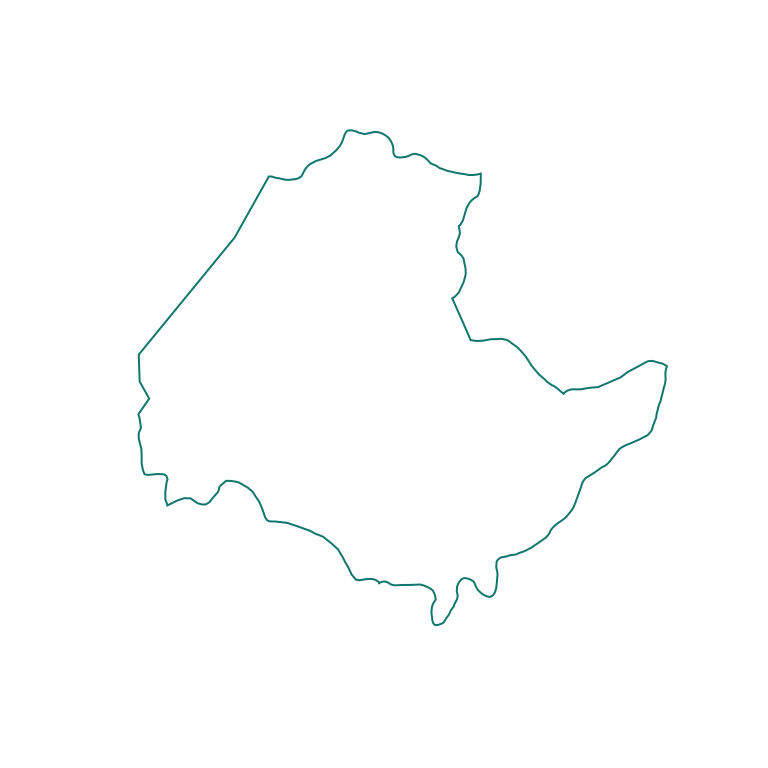 Des Blanchard, Micoud, Saint Lucia (Mercator projection), rotated 329°
{"feature_id": "8701671B70067848832200", "entity_name": "Des Blanchard", "entity_type": "district", "adm_level": 2, "iso_a3": "LCA", "parent_name": "Saint Lucia", "parent_adm1": "Micoud", "projection": "mercator", "projection_center": [-60.933, 13.812], "detail": "fine", "context": "isolated", "style": "outline", "palette": "teal", "viewbox_px": 768, "rotation_deg": 329, "n_neighbors": 0, "source": "geoboundaries", "source_scale": "gbopen_adm2", "svg_char_len": 5878}
<svg xmlns="http://www.w3.org/2000/svg" viewBox="0 0 768 768"><g transform="rotate(329 384 384)"><path d="M277.2,552.3L278.7,552.2L280.2,552.6L281.2,552.8L282.9,553.6L284.8,555.7L285.3,556.4L286.8,559.5L289.1,561.8L292.4,563.7L294.7,564.9L298.2,566.9L301.3,568.7L303.9,570.3L305.6,571.1L308.5,572.8L311.5,574.3L313.6,576.4L314.5,577.4L315.1,578.2L317.1,581.0L318.4,583.3L319.4,585.8L319.4,587.5L319.4,588.5L319.0,590.6L318.3,593.2L317.6,594.6L317.2,595.5L314.5,596.7L311.9,598.3L310.0,600.2L308.7,601.9L307.0,604.3L306.1,606.1L305.2,608.4L303.7,611.5L303.1,613.8L303.2,616.2L304.2,617.2L306.1,618.3L306.9,618.5L308.1,618.7L309.3,619.0L310.9,619.2L312.8,618.9L314.8,617.8L316.6,616.9L318.5,616.1L320.9,615.1L324.1,612.8L326.3,611.7L329.2,610.6L331.3,608.7L334.6,606.9L336.5,605.4L338.4,603.0L338.8,601.7L339.6,599.2L340.2,598.3L341.0,597.2L342.2,595.5L343.5,594.3L345.5,592.9L347.8,591.9L350.4,591.2L352.9,591.7L354.2,592.7L356.1,594.4L357.7,596.8L359.1,599.3L359.0,601.9L358.5,604.5L358.5,605.4L358.4,606.5L358.4,608.8L359.1,611.5L359.9,614.1L361.2,616.7L363.4,619.7L365.1,621.0L366.4,621.2L367.6,621.2L368.8,621.1L370.8,620.2L372.1,619.5L374.3,617.5L375.5,616.2L376.8,614.4L378.9,611.7L380.4,609.6L382.0,607.4L383.3,605.6L384.6,602.7L385.3,600.4L386.2,598.3L387.6,596.4L389.1,594.2L390.4,593.6L392.5,592.9L394.0,592.9L395.7,593.1L396.8,593.6L398.6,594.3L400.5,595.0L403.6,595.6L406.8,597.0L407.5,597.3L409.3,598.1L412.7,598.5L413.6,598.6L416.6,599.3L418.7,599.7L423.0,600.0L426.8,600.2L429.9,599.9L434.0,599.7L438.4,599.4L440.7,599.2L443.1,599.1L445.4,598.5L447.3,597.9L449.0,597.0L450.9,595.7L452.3,594.9L455.0,593.9L456.3,593.7L458.1,593.2L460.9,592.9L465.4,592.6L467.9,592.4L470.9,592.1L473.9,591.0L477.6,589.7L480.7,588.5L482.9,587.3L484.9,585.8L486.8,584.5L488.2,583.2L489.9,581.9L491.4,580.7L491.9,580.3L493.3,579.0L495.9,577.1L496.7,576.4L497.7,575.5L499.5,574.1L501.7,572.0L502.3,571.6L503.5,570.6L505.2,569.7L507.6,568.7L509.7,568.4L512.5,568.4L516.2,568.4L518.8,568.3L520.9,568.2L524.0,567.9L526.9,567.6L529.2,567.7L532.1,567.9L533.0,567.8L534.7,567.5L535.9,567.1L538.3,566.4L539.0,566.1L541.8,565.0L543.8,564.4L546.6,563.2L548.6,562.3L549.8,561.9L550.8,561.6L551.6,561.1L554.4,560.8L557.2,560.8L559.8,561.0L563.8,561.7L568.2,562.3L569.7,562.5L570.7,562.6L573.3,563.0L576.4,563.2L579.7,563.4L580.8,563.4L582.5,563.6L584.3,563.5L586.3,562.8L587.9,562.3L589.7,561.5L591.0,560.5L592.5,558.8L595.3,556.7L597.2,555.1L599.6,553.4L600.7,552.1L601.9,550.5L602.6,549.8L603.5,548.9L605.6,546.8L607.3,545.0L608.0,544.4L609.2,543.3L611.1,542.0L612.3,541.0L614.3,539.0L615.8,537.4L616.8,536.5L617.6,535.8L618.7,534.6L619.3,534.0L620.7,532.6L622.8,530.5L624.7,528.8L626.1,527.1L627.9,525.0L629.2,522.4L630.1,520.9L631.2,519.0L633.0,516.9L634.0,516.0L635.7,514.5L633.4,510.1L631.9,508.8L626.1,502.5L622.0,500.4L617.3,500.1L614.8,500.0L611.6,499.9L603.7,499.5L599.6,499.2L592.5,499.9L591.0,500.1L590.1,500.2L582.2,499.1L565.8,496.9L559.5,493.7L555.3,491.9L549.7,489.8L541.5,484.9L537.7,484.1L536.2,484.2L534.4,484.3L532.9,484.9L530.5,477.8L528.6,473.2L527.3,471.6L524.8,465.8L524.3,463.3L521.8,455.8L521.3,453.1L519.9,444.0L519.8,438.0L519.6,433.3L518.5,426.9L517.9,424.0L516.9,420.4L514.7,415.5L513.0,411.0L511.1,408.6L507.3,405.3L504.3,403.9L498.5,400.6L495.5,399.5L492.0,398.2L486.8,395.6L483.6,393.3L480.9,391.0L483.5,371.0L486.6,345.7L487.9,345.8L490.7,345.4L495.3,344.1L498.9,341.6L504.9,337.6L510.6,332.0L513.3,327.2L515.8,320.0L516.8,317.4L516.6,313.5L515.2,309.0L515.7,306.5L516.9,303.1L519.9,299.5L523.2,297.1L526.7,294.0L528.4,290.1L529.3,287.3L531.7,286.8L533.0,285.9L535.2,284.9L537.5,283.0L539.5,281.1L542.9,278.0L545.6,275.6L548.9,273.6L550.3,272.9L552.6,272.0L555.8,271.3L558.2,271.2L559.1,271.2L560.1,271.2L561.2,271.1L562.5,270.2L565.9,267.3L568.0,264.5L569.2,263.1L569.6,262.6L571.6,259.6L573.2,257.0L575.3,253.5L571.9,252.5L568.3,250.9L564.2,248.5L561.9,246.2L557.4,242.6L553.7,239.3L551.9,237.5L548.2,234.0L545.8,231.0L542.8,227.4L541.1,223.7L539.8,221.9L538.6,220.4L537.5,218.5L537.0,215.5L536.3,213.2L535.8,211.3L535.0,209.7L534.0,207.9L533.3,206.9L532.9,206.5L530.0,203.4L528.4,202.2L525.7,201.4L522.6,201.2L519.7,200.5L516.3,199.1L514.1,198.0L511.7,195.9L510.7,194.3L510.9,191.4L511.8,189.4L512.5,188.4L512.9,187.7L514.4,184.1L514.9,180.6L515.0,178.6L514.8,176.3L514.7,175.1L513.3,171.5L511.7,168.8L511.4,168.2L509.1,165.6L506.4,163.4L503.6,162.3L500.6,161.3L498.1,160.5L496.1,159.8L494.1,157.8L492.1,155.8L490.1,153.1L487.7,150.6L485.9,149.2L483.2,148.1L481.2,148.5L478.5,150.1L476.0,152.3L471.9,155.5L468.8,157.2L464.4,158.8L459.7,159.8L455.7,160.5L450.1,160.2L445.5,159.0L440.9,157.9L438.4,157.6L433.6,157.5L430.9,157.9L430.0,158.2L427.9,158.9L425.3,160.3L420.5,163.3L418.2,163.6L417.4,163.6L414.4,163.1L411.6,161.9L408.0,160.2L406.0,159.1L404.3,157.7L402.8,156.4L400.7,154.3L397.1,151.2L396.3,150.3L394.9,148.5L392.2,146.8L352.8,169.3L331.5,181.5L188.9,232.5L175.8,256.1L175.2,275.6L157.8,283.5L157.0,287.0L155.3,291.2L153.1,296.3L149.0,299.4L147.8,300.7L146.2,303.7L145.6,304.7L144.1,309.5L142.6,314.6L140.0,319.5L135.3,327.4L133.6,332.0L133.0,333.6L132.3,338.0L134.5,340.2L136.3,341.1L143.0,344.2L145.9,346.1L148.8,348.0L150.1,350.4L149.8,352.5L149.3,354.4L147.5,355.7L141.1,363.7L137.2,370.1L136.2,375.2L135.8,376.6L136.4,376.6L146.2,377.3L154.0,379.0L159.4,382.5L162.8,390.2L166.2,393.7L169.2,395.4L173.6,395.4L177.0,394.0L186.5,390.9L190.5,387.1L198.7,385.7L201.6,387.4L202.5,388.0L207.0,391.7L208.9,393.7L213.9,402.7L216.0,409.1L216.0,414.2L216.4,419.7L216.0,424.1L214.9,430.5L213.4,437.3L213.6,440.4L214.9,442.6L220.7,446.4L229.3,453.0L236.1,460.9L245.3,472.1L247.7,476.5L249.8,479.2L253.2,483.6L257.3,494.8L259.4,502.1L259.4,511.6L259.0,516.4L259.0,522.6L258.1,530.9L258.3,531.7L259.2,537.3L261.8,539.5L264.5,540.6L267.3,541.7L272.4,544.3L274.2,545.7L275.9,547.7L277.4,550.8L277.2,552.3Z" fill="none" stroke="#0f766e" stroke-width="2"/></g></svg>